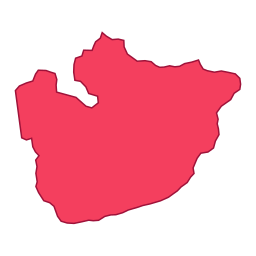 Santo Antônio do Pinhal, São Paulo, Brazil (Albers equal-area conic projection)
{"feature_id": "56859067B50632789381856", "entity_name": "Santo Antônio do Pinhal", "entity_type": "district", "adm_level": 2, "iso_a3": "BRA", "parent_name": "Brazil", "parent_adm1": "São Paulo", "projection": "albers", "projection_center": [-45.697, -22.83], "detail": "fine", "context": "isolated", "style": "filled", "palette": "rose", "viewbox_px": 256, "rotation_deg": 0, "n_neighbors": 0, "source": "geoboundaries", "source_scale": "gbopen_adm2", "svg_char_len": 1388}
<svg xmlns="http://www.w3.org/2000/svg" viewBox="0 0 256 256"><path d="M21.7,137.8L26.4,139.9L31.6,138.3L32.8,146.8L35.4,151.8L39.0,155.7L35.7,160.1L37.0,166.6L35.9,173.3L37.2,181.8L35.9,186.5L38.6,192.6L43.8,200.7L49.7,202.7L54.0,206.3L57.6,216.3L61.1,221.2L67.1,223.0L74.0,223.4L82.2,221.7L88.7,220.2L93.3,220.7L98.6,220.3L104.8,216.4L110.8,214.9L115.9,214.7L122.7,212.7L128.3,210.0L138.5,207.0L142.8,205.5L150.0,203.9L160.5,200.8L168.5,197.2L173.6,193.5L177.3,190.9L181.1,186.9L187.2,182.5L190.6,177.1L194.0,173.5L193.1,167.9L197.1,158.3L200.8,153.2L208.0,152.0L213.5,148.0L215.4,141.0L219.0,134.6L218.4,128.7L217.2,123.8L218.1,119.2L216.5,112.9L221.3,106.2L230.7,99.6L234.1,93.3L239.8,89.4L240.6,84.2L239.8,78.4L235.3,73.9L228.5,72.4L221.3,71.0L214.4,72.2L207.3,70.7L203.2,69.1L200.3,64.4L198.5,60.0L191.8,62.1L184.6,63.6L179.6,66.3L174.8,66.8L169.6,65.8L164.0,67.1L159.7,67.3L155.6,65.5L151.2,61.7L145.0,60.7L137.2,61.2L132.0,57.4L127.4,54.1L124.1,46.9L123.8,40.4L118.2,39.1L112.1,39.6L106.4,36.2L102.2,32.6L100.3,38.2L95.6,41.8L93.8,45.8L92.1,50.4L83.7,50.2L81.9,56.0L75.6,58.2L74.0,64.6L73.7,72.1L74.9,80.3L80.5,81.3L85.9,86.9L88.7,93.5L97.6,96.2L98.3,102.8L91.8,107.9L85.9,106.2L76.0,97.4L56.6,92.1L56.1,85.1L56.8,79.5L55.0,73.5L50.8,72.2L46.0,70.5L38.3,70.2L35.6,74.0L32.8,81.0L26.3,83.0L19.4,86.0L15.4,90.6L21.7,137.8Z" fill="#f43f5e" stroke="#9f1239" stroke-width="1.5"/></svg>